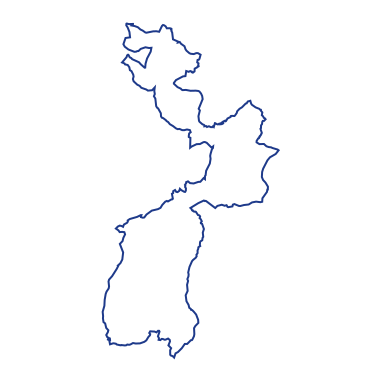 Malnas, Covasna, Romania (Mercator projection), rotated 92°
{"feature_id": "2599482B6091931958570", "entity_name": "Malnas", "entity_type": "district", "adm_level": 2, "iso_a3": "ROU", "parent_name": "Romania", "parent_adm1": "Covasna", "projection": "mercator", "projection_center": [25.812, 46.025], "detail": "fine", "context": "isolated", "style": "outline", "palette": "blue", "viewbox_px": 384, "rotation_deg": 92, "n_neighbors": 0, "source": "geoboundaries", "source_scale": "gbopen_adm2", "svg_char_len": 6021}
<svg xmlns="http://www.w3.org/2000/svg" viewBox="0 0 384 384"><g transform="rotate(92 192 192)"><path d="M65.0,266.4L65.9,263.9L66.8,263.4L67.3,260.7L69.5,259.0L72.4,258.3L73.3,256.7L76.8,254.8L78.7,254.4L81.2,255.0L83.4,254.2L86.7,250.4L87.7,248.1L89.6,246.3L91.2,241.2L92.2,239.6L91.7,235.4L88.8,232.9L92.3,233.2L95.4,232.6L97.6,233.4L99.9,231.9L107.4,230.8L108.9,229.9L109.6,228.8L114.4,225.9L117.5,225.6L118.8,224.7L119.2,223.3L121.3,220.4L122.0,219.9L122.9,218.3L125.0,216.5L126.8,213.2L129.0,210.2L129.7,208.5L129.4,206.7L130.5,204.0L130.5,202.0L129.7,199.2L130.2,196.3L132.3,195.4L133.6,196.9L136.3,197.2L137.2,197.1L137.9,195.5L147.8,195.4L146.6,194.0L144.0,189.0L143.8,185.7L141.8,182.3L141.6,180.9L142.3,179.0L146.6,174.4L146.3,173.2L145.7,172.5L147.3,172.6L148.6,173.6L153.4,174.8L155.3,175.1L158.2,174.6L163.0,175.2L170.3,178.6L174.8,179.0L175.7,179.6L178.7,179.5L177.7,180.9L181.5,184.0L181.7,186.1L183.4,190.6L183.2,194.2L181.5,196.4L182.4,198.2L183.3,198.1L185.2,199.3L186.0,198.8L187.2,199.1L188.5,198.2L190.8,198.2L192.1,198.8L192.1,199.7L190.5,202.8L189.2,204.2L191.3,204.8L192.6,206.4L192.4,207.8L190.6,209.0L191.8,210.8L193.7,210.8L194.5,212.0L199.4,210.9L200.1,211.6L200.1,212.3L202.3,215.7L201.8,216.8L202.6,218.4L206.0,221.3L208.9,222.9L210.3,225.4L212.0,231.5L216.1,236.7L219.1,238.8L219.4,240.2L218.9,242.2L218.2,242.4L216.9,241.8L216.9,242.4L218.8,246.0L221.2,253.3L222.7,255.3L223.8,255.1L225.0,255.8L226.9,258.9L229.2,259.7L228.5,261.0L228.1,263.0L229.1,264.9L231.2,266.8L232.9,264.2L234.6,262.9L234.3,260.4L234.5,258.2L236.7,257.4L240.2,259.0L243.5,259.7L246.4,262.3L254.8,258.7L261.9,259.3L265.7,261.1L267.8,263.2L267.9,262.9L271.4,264.5L278.9,268.9L282.4,271.8L284.3,272.3L289.2,271.6L291.3,271.9L294.5,273.9L296.9,274.7L302.8,275.5L308.8,275.6L314.9,277.1L319.2,276.5L321.3,276.6L325.1,275.9L326.4,274.2L330.8,273.0L333.1,270.8L335.0,271.2L337.9,272.7L340.0,271.6L340.6,270.2L342.4,270.9L342.6,270.5L341.7,268.9L343.2,268.7L344.1,269.3L347.1,268.6L346.0,265.6L346.0,264.6L346.3,262.7L347.0,262.0L347.6,258.8L347.7,257.7L347.4,257.4L347.7,253.7L347.4,252.2L346.7,251.4L346.9,249.5L346.5,248.2L345.0,245.7L345.4,242.9L345.1,238.7L343.4,234.4L341.9,232.5L338.2,230.4L336.8,229.1L335.5,228.8L334.4,229.8L332.7,228.9L332.8,224.6L333.5,222.6L331.9,221.1L331.9,220.0L332.7,219.6L337.4,221.0L339.2,219.9L340.9,220.2L341.1,218.4L339.9,217.3L339.9,216.1L340.6,214.2L340.5,213.3L339.3,210.8L340.6,209.1L342.1,208.8L346.1,210.2L348.8,207.4L350.9,208.3L355.4,208.1L356.1,207.5L356.7,205.6L358.1,204.1L353.8,202.8L352.5,200.5L348.4,196.7L344.1,193.9L344.0,191.5L340.2,188.0L340.0,186.9L339.5,186.5L336.1,185.0L334.0,184.7L328.0,185.2L325.8,184.0L322.6,181.1L319.5,181.4L314.3,183.6L311.4,186.2L310.0,187.7L309.8,188.8L308.9,189.1L307.8,190.7L304.9,191.5L301.4,193.7L295.4,194.7L291.0,192.9L284.9,193.7L281.0,192.8L279.2,193.6L276.4,192.6L274.3,192.5L272.6,193.0L267.0,191.9L261.2,189.6L260.0,188.7L257.6,186.0L256.1,185.1L254.6,185.4L252.9,184.3L250.1,184.4L248.7,183.8L247.0,183.7L245.7,181.9L244.9,182.3L241.9,182.2L241.1,181.9L239.9,180.1L237.4,179.8L236.4,179.2L232.2,179.8L228.6,178.8L223.5,180.8L223.0,182.0L222.3,182.1L220.9,181.2L218.9,182.3L217.8,183.5L216.4,183.0L215.7,183.3L215.1,183.9L214.8,185.2L211.7,187.4L211.4,188.4L211.6,189.1L211.0,190.3L210.4,190.5L210.3,191.3L209.0,191.9L208.0,193.0L202.9,185.3L200.1,179.8L200.6,178.9L200.4,178.0L200.7,177.4L207.2,168.2L205.0,166.1L203.7,161.8L204.6,158.9L204.0,157.0L205.6,156.0L205.9,155.3L205.0,151.1L203.2,150.7L202.6,149.2L204.3,144.6L204.3,143.2L203.2,139.6L202.5,134.9L200.3,131.6L199.4,127.6L199.8,123.3L199.3,121.5L195.8,121.4L189.3,117.1L187.0,116.8L186.9,116.3L184.0,116.3L180.0,118.9L177.5,121.4L174.6,122.7L169.5,122.6L166.2,121.7L157.7,117.7L154.6,115.3L151.1,109.7L147.3,106.9L146.6,107.9L145.2,113.2L144.6,114.5L144.4,116.9L143.7,119.2L141.5,121.8L141.8,126.3L140.1,129.2L138.7,129.2L136.1,127.7L135.9,127.0L134.4,126.6L134.3,126.1L133.5,126.0L133.0,125.3L131.8,125.0L131.3,124.5L130.4,124.3L126.5,125.8L125.8,125.3L123.0,125.3L121.7,124.4L119.4,124.2L118.5,123.7L118.4,122.5L116.7,121.0L115.7,121.9L115.4,122.8L113.9,123.6L112.8,124.9L110.0,124.5L108.6,125.8L107.5,126.0L107.5,126.7L106.6,127.5L105.2,131.4L102.7,135.2L101.6,136.0L98.8,136.9L99.6,139.4L101.5,140.5L101.7,141.4L105.6,145.0L107.2,147.4L109.8,149.7L111.4,150.0L114.2,151.8L114.6,152.3L114.5,154.7L114.8,155.9L115.7,156.1L117.3,159.1L119.9,160.5L120.1,160.8L119.5,161.3L119.8,162.0L121.3,163.4L122.3,163.2L123.1,164.5L123.3,165.7L122.0,165.2L123.0,166.5L122.7,166.8L122.8,167.3L123.6,168.4L123.1,170.2L122.5,170.9L122.4,171.5L126.3,172.5L125.6,173.3L126.5,174.1L126.5,175.5L125.7,177.4L126.5,179.3L125.7,179.9L125.9,181.8L125.3,181.6L124.5,182.4L124.0,183.9L121.6,186.9L120.6,187.5L116.0,188.2L110.2,187.0L108.6,188.2L98.8,184.6L95.7,185.2L93.3,186.4L91.3,188.1L90.8,189.2L90.6,191.8L90.9,197.0L90.2,201.7L90.5,204.9L90.1,205.9L89.1,206.8L87.7,210.1L84.4,213.9L83.6,213.9L80.7,211.9L76.8,205.1L76.4,202.6L71.3,202.0L72.0,199.5L71.2,198.0L71.7,196.4L72.3,196.4L72.7,195.3L71.4,193.7L68.6,193.6L67.3,191.3L66.4,190.8L66.4,190.0L66.0,189.7L65.0,190.2L63.2,190.0L62.3,191.3L60.9,191.2L59.8,191.0L59.6,189.9L58.7,189.2L54.5,188.2L53.0,191.0L53.1,192.7L54.1,195.0L53.9,198.0L53.4,199.4L51.0,202.4L49.7,203.4L46.6,204.6L44.2,208.2L42.5,209.5L43.2,211.5L42.1,211.3L40.1,216.3L33.2,217.4L32.1,218.1L30.8,218.1L30.5,218.6L29.6,218.3L29.4,218.6L29.1,219.9L29.3,222.9L27.4,224.1L26.4,225.6L26.1,226.8L27.1,227.8L33.0,230.4L32.6,233.2L32.8,236.4L34.4,243.1L34.2,244.2L32.4,246.9L31.4,249.2L29.2,251.9L28.2,255.0L27.7,258.1L26.6,256.9L26.1,256.9L26.4,261.1L25.9,263.0L26.1,263.4L27.7,263.5L29.9,262.0L34.3,260.1L39.6,259.3L40.4,263.8L46.7,265.7L49.1,264.3L51.8,260.5L53.9,254.5L53.7,252.8L53.1,251.6L53.0,250.4L50.8,248.3L49.0,243.6L49.6,239.9L49.3,237.6L53.2,238.2L60.2,241.6L65.4,242.9L69.3,243.1L69.4,243.7L66.2,247.6L64.2,249.5L61.3,256.5L60.3,257.3L59.6,258.9L57.2,260.3L57.0,260.7L57.7,261.6L59.5,262.1L65.0,266.4Z" fill="none" stroke="#1e3a8a" stroke-width="2"/></g></svg>